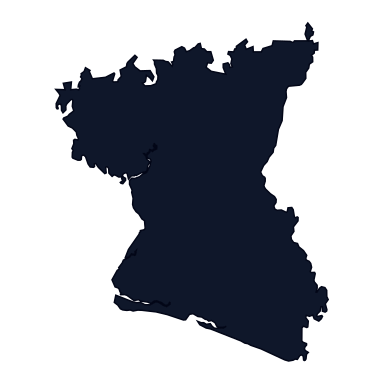 San Félix, Chiriquí, Panama
{"feature_id": "35544464B1884855613124", "entity_name": "San Félix", "entity_type": "district", "adm_level": 2, "iso_a3": "PAN", "parent_name": "Panama", "parent_adm1": "Chiriquí", "projection": "robinson", "projection_center": [-81.909, 8.256], "detail": "fine", "context": "isolated", "style": "filled", "palette": "ink", "viewbox_px": 384, "rotation_deg": 0, "n_neighbors": 0, "source": "geoboundaries", "source_scale": "gbopen_adm2", "svg_char_len": 5889}
<svg xmlns="http://www.w3.org/2000/svg" viewBox="0 0 384 384"><path d="M156.2,83.7L150.9,85.7L145.0,85.9L142.3,83.1L144.6,82.3L145.5,81.2L146.4,75.3L149.6,77.5L152.4,80.8L153.9,76.8L150.1,70.6L140.1,70.9L134.8,66.8L132.8,63.5L137.1,57.3L134.9,55.3L127.9,62.1L127.0,63.5L126.4,66.8L120.1,70.0L121.3,76.4L118.1,79.9L117.9,81.8L113.4,82.0L112.5,81.1L114.7,73.9L114.0,73.0L105.5,77.3L92.4,78.8L89.3,71.5L90.0,70.4L85.5,67.7L84.1,71.5L81.1,73.7L81.4,75.1L80.6,76.9L82.0,78.7L80.5,81.6L79.6,82.0L78.4,85.0L78.2,86.7L79.7,86.3L79.2,87.3L79.5,88.9L78.8,89.9L76.4,89.2L70.7,89.7L71.4,82.0L63.3,83.3L65.1,89.7L55.8,89.4L59.0,93.3L60.1,95.5L56.2,103.6L56.3,107.7L57.0,108.8L57.9,108.9L58.2,108.2L57.4,106.2L57.9,104.9L58.9,104.1L60.7,104.2L61.4,105.9L61.5,110.3L63.0,112.8L65.9,109.9L65.8,105.9L66.9,103.7L70.9,99.6L72.3,99.5L72.9,100.4L72.3,106.3L73.8,110.9L69.3,114.3L67.8,116.2L63.7,118.0L63.1,119.1L68.2,126.0L72.4,128.0L76.3,132.0L76.9,135.3L78.4,138.4L77.8,140.0L74.9,139.3L73.6,140.2L73.8,143.8L71.9,148.6L73.3,150.6L72.4,152.2L72.2,157.1L72.8,158.1L77.9,160.2L80.2,160.2L81.3,159.3L81.5,156.1L82.5,155.2L84.0,155.2L85.6,156.8L88.1,164.0L90.2,167.0L93.7,167.3L94.6,166.3L94.3,163.9L95.8,163.5L98.4,167.4L104.8,173.6L106.2,172.9L105.7,167.4L106.4,166.8L107.5,166.9L108.7,168.5L108.9,173.1L112.1,176.4L113.7,175.1L115.1,175.0L118.7,177.0L122.0,176.9L121.7,178.8L122.9,180.6L120.3,182.4L121.0,183.3L122.8,183.7L125.6,180.3L125.5,178.3L123.4,177.1L122.5,175.8L122.8,174.4L124.2,173.3L125.8,172.8L127.1,173.3L128.5,179.0L131.4,175.8L134.4,175.8L135.0,174.9L136.2,175.5L141.2,172.8L146.2,171.5L147.2,169.8L147.7,165.8L149.8,161.7L146.7,159.3L146.1,156.7L143.7,153.6L144.7,153.6L145.7,155.5L147.4,152.8L149.2,152.0L149.6,149.5L152.5,150.1L153.6,149.1L155.9,148.9L156.3,147.5L154.3,147.4L153.5,146.3L153.4,145.2L154.5,143.8L156.2,145.7L157.4,145.4L155.9,146.3L154.3,144.8L154.6,146.8L156.8,147.2L156.6,149.1L153.6,150.3L152.5,151.5L150.2,150.1L149.6,152.4L146.9,155.1L147.5,158.1L150.3,159.1L151.2,161.1L150.4,162.9L150.2,165.4L146.9,172.0L145.6,173.1L143.1,173.8L139.6,176.7L134.8,178.5L131.8,178.2L129.6,180.4L129.5,184.3L132.1,190.1L131.7,192.4L133.1,198.2L132.6,204.4L133.5,207.8L136.0,211.6L138.9,214.0L141.9,218.9L144.5,220.7L145.2,228.5L144.0,229.8L140.4,230.6L140.5,231.5L139.5,232.6L139.1,234.2L128.5,249.4L125.2,257.8L126.1,258.3L129.0,256.6L131.6,253.7L134.8,254.6L135.0,251.6L136.4,250.2L135.4,255.0L134.7,255.4L131.5,254.6L129.6,257.1L123.4,260.1L122.2,263.0L118.7,267.6L119.4,268.9L117.2,270.4L112.0,279.8L115.1,286.9L118.0,287.9L119.1,289.0L120.1,292.0L121.4,293.0L120.4,294.1L120.7,294.7L124.6,294.6L126.9,295.3L134.0,300.5L138.7,299.7L140.8,301.1L147.7,302.1L150.3,303.3L151.9,302.9L154.1,301.1L156.3,300.7L161.3,302.5L165.4,305.4L167.8,305.0L169.6,302.4L170.2,302.8L170.1,304.1L166.7,306.6L163.2,305.3L159.0,302.5L155.8,301.7L150.2,304.8L144.8,304.7L140.3,302.3L137.0,302.7L132.8,301.9L115.8,295.2L114.3,302.4L117.8,305.1L120.4,308.8L122.7,309.9L126.8,310.4L130.2,310.0L133.1,311.0L137.8,310.1L142.1,310.3L156.1,311.9L167.3,314.6L183.5,320.0L185.6,319.8L189.5,314.3L193.1,313.7L197.9,316.5L201.7,317.0L205.2,319.3L207.0,319.6L208.7,321.1L211.5,320.5L215.0,322.7L216.7,326.1L218.7,327.4L223.4,327.3L226.3,326.3L223.5,328.0L214.6,328.3L212.2,326.4L210.3,323.7L206.3,324.3L203.8,322.7L201.1,322.7L197.6,321.3L199.8,324.7L206.1,328.0L210.4,328.9L240.9,340.9L244.8,343.1L247.9,343.7L250.8,345.3L261.1,348.9L284.8,359.9L288.6,361.0L293.1,360.2L295.1,359.1L297.4,359.4L299.7,355.7L301.5,354.8L303.2,356.2L303.6,360.0L304.3,360.5L305.2,360.2L306.0,358.9L306.5,354.3L308.3,352.4L305.4,350.6L304.4,349.0L305.0,346.9L306.6,345.0L306.5,343.6L303.1,342.3L301.8,340.9L301.9,327.9L303.4,326.2L306.8,327.5L307.8,326.9L308.3,321.1L305.7,317.6L306.3,315.3L309.4,316.3L312.8,315.1L314.2,318.8L318.8,321.1L321.3,318.8L322.5,316.4L321.8,315.5L317.5,316.5L316.7,315.7L317.3,313.9L320.1,311.2L320.9,306.7L322.4,306.7L322.4,311.2L325.1,312.1L326.6,311.1L326.9,309.7L325.3,303.8L328.2,299.6L326.8,296.6L326.7,290.3L324.9,287.6L321.5,286.7L319.5,288.2L316.8,292.3L316.0,292.1L317.2,288.0L317.1,285.2L314.3,281.8L313.9,280.0L315.2,273.7L314.6,272.4L311.0,272.5L310.2,271.6L311.6,267.3L310.7,263.4L309.1,261.3L306.2,260.0L305.8,258.1L306.7,255.3L303.5,250.6L298.9,246.9L297.5,243.5L293.6,242.5L291.4,239.4L290.9,235.9L293.9,231.4L293.4,226.9L298.0,220.9L298.1,217.5L297.2,216.9L295.4,217.8L294.4,216.9L293.2,209.7L291.8,207.5L288.0,207.8L287.3,211.4L286.4,212.4L281.4,210.0L277.0,210.3L274.8,209.0L273.8,205.8L276.0,202.5L276.2,199.4L274.5,196.6L270.3,193.7L265.6,189.1L264.4,187.2L263.9,185.5L265.2,181.2L265.2,178.3L264.6,177.2L262.3,175.7L260.6,172.0L263.6,165.5L267.1,161.6L269.1,157.1L273.1,152.3L273.7,148.2L275.7,145.4L278.4,129.3L282.1,120.7L283.0,106.7L286.5,97.6L286.0,91.6L286.5,88.8L288.5,86.2L299.4,85.2L301.3,84.4L302.8,82.6L305.8,78.4L305.7,72.3L308.7,68.1L309.3,64.2L312.7,61.8L312.6,57.1L311.4,55.3L314.2,53.1L314.4,50.2L317.7,50.0L317.9,42.6L313.5,43.9L312.4,40.6L308.9,41.0L309.0,39.3L310.4,36.3L312.9,34.9L313.5,31.9L311.6,30.9L312.4,28.8L307.8,23.0L305.9,25.7L306.8,27.0L305.1,34.1L307.7,40.9L294.4,40.9L293.6,42.2L292.2,42.3L290.3,41.4L273.3,40.9L272.1,45.7L263.0,48.5L261.3,51.9L253.3,51.9L253.0,46.6L246.3,49.3L244.6,45.1L247.5,41.8L246.0,39.2L236.4,46.3L236.3,48.7L234.8,48.9L233.7,51.9L228.6,51.6L227.9,54.1L230.2,55.3L231.9,58.9L230.9,63.6L232.4,66.8L230.1,67.5L229.2,64.5L227.9,62.8L223.2,64.0L223.2,67.6L225.8,74.2L211.2,71.3L206.1,67.3L207.6,62.8L211.3,63.2L213.3,60.3L210.8,51.7L206.8,51.7L204.4,49.0L201.4,48.6L200.2,43.4L198.2,43.9L195.0,47.5L193.6,47.8L189.6,50.7L186.3,51.7L184.5,48.1L181.8,46.7L175.1,50.1L174.3,51.7L175.1,55.1L174.1,56.9L173.5,61.5L171.6,62.0L172.8,64.4L172.1,66.3L168.1,61.8L165.6,61.5L163.2,60.3L153.6,60.1L154.5,61.4L154.5,64.1L156.4,68.6L156.6,73.1L158.0,75.8L157.8,79.5L156.4,82.1L156.2,83.7Z" fill="#0f172a" stroke="#020617" stroke-width="1.5"/></svg>